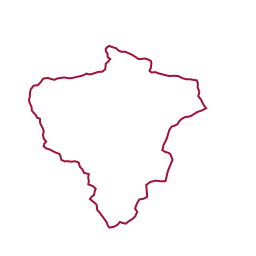 Antônio Carlos, Santa Catarina, Brazil, rotated 62°
{"feature_id": "56859067B23811775155613", "entity_name": "Antônio Carlos", "entity_type": "district", "adm_level": 2, "iso_a3": "BRA", "parent_name": "Brazil", "parent_adm1": "Santa Catarina", "projection": "mercator", "projection_center": [-48.829, -27.486], "detail": "fine", "context": "isolated", "style": "outline", "palette": "rose", "viewbox_px": 256, "rotation_deg": 62, "n_neighbors": 0, "source": "geoboundaries", "source_scale": "gbopen_adm2", "svg_char_len": 2159}
<svg xmlns="http://www.w3.org/2000/svg" viewBox="0 0 256 256"><g transform="rotate(62 128 128)"><path d="M48.2,195.7L50.9,198.0L54.1,199.9L57.0,202.4L60.0,203.1L63.8,203.2L67.4,204.7L69.9,204.3L73.6,203.3L76.2,203.5L78.4,201.4L82.4,203.3L86.1,203.4L89.1,203.4L91.7,204.1L94.2,206.5L98.3,207.4L101.5,206.6L102.4,209.0L104.5,211.1L107.5,209.9L110.0,207.4L113.4,205.0L116.3,203.0L118.4,200.8L121.0,200.8L124.8,201.8L127.7,199.6L129.2,196.5L131.2,193.8L132.5,190.3L135.4,187.7L139.6,188.7L143.0,187.7L146.9,187.9L150.2,184.3L153.3,186.5L156.5,187.5L159.1,189.5L162.7,186.4L166.4,185.0L168.6,187.4L171.1,189.4L171.7,192.5L172.8,194.9L175.8,193.8L178.5,192.5L181.3,191.8L183.7,192.8L186.1,193.7L188.8,192.8L192.1,192.4L195.7,191.8L198.2,191.5L201.4,191.1L204.7,191.7L207.3,191.1L208.6,186.6L208.5,182.5L207.1,179.3L209.6,177.1L211.4,174.9L210.7,171.3L210.4,166.7L209.3,162.9L206.3,159.2L202.6,159.6L200.5,157.5L198.3,154.7L196.4,151.5L197.8,147.4L197.8,143.5L195.2,142.2L186.9,138.7L186.1,133.7L187.3,128.7L188.9,126.2L190.6,123.8L192.6,120.0L189.8,117.4L187.6,115.6L184.5,112.7L182.1,109.9L179.9,107.2L176.9,103.6L173.8,103.2L171.3,102.9L169.0,103.8L166.7,106.3L163.6,108.1L161.6,106.1L159.6,104.6L157.2,100.9L155.0,98.2L151.7,95.0L148.7,91.8L147.2,88.7L147.8,85.6L147.9,82.6L146.0,79.4L145.2,76.5L145.1,72.4L146.3,69.7L146.9,66.3L146.7,62.9L146.4,59.4L147.2,54.3L147.2,49.7L143.8,50.3L140.5,50.4L137.3,50.2L132.8,51.0L130.2,48.4L127.7,47.8L124.7,47.4L121.3,45.3L118.2,44.9L116.6,47.2L114.3,50.0L112.4,53.5L109.6,56.5L105.6,59.4L103.0,63.7L101.5,67.2L99.1,70.0L96.2,73.0L94.2,75.3L91.6,77.5L90.0,81.2L87.6,82.2L85.6,79.5L82.2,77.2L79.8,76.3L77.2,77.8L74.4,80.7L73.3,84.0L71.8,86.5L68.6,88.1L64.8,90.4L61.7,92.8L59.3,94.7L57.5,98.2L54.8,100.1L51.8,101.2L49.3,103.8L46.6,106.2L47.4,110.3L50.0,111.6L52.7,111.1L55.7,112.7L58.7,111.3L60.1,114.4L60.8,117.5L63.1,118.9L65.5,120.6L66.2,124.2L64.4,128.2L63.8,132.4L62.8,136.7L60.5,139.1L60.5,142.1L60.0,145.4L58.9,148.9L57.9,153.0L56.4,156.8L53.4,160.6L52.1,164.3L51.1,167.2L50.9,170.3L48.5,173.1L46.2,175.2L44.6,179.6L46.4,183.3L47.9,187.4L46.3,191.5L48.2,195.7Z" fill="none" stroke="#9f1239" stroke-width="2"/></g></svg>